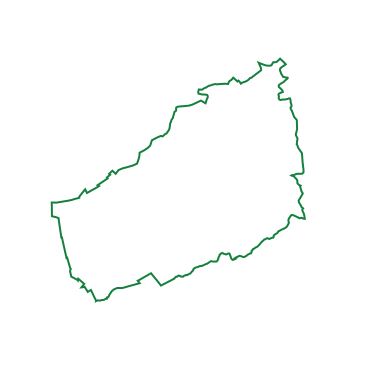 the district of Sanmartin, Harghita, Romania, rotated 328°
{"feature_id": "2599482B50475044485744", "entity_name": "Sanmartin", "entity_type": "district", "adm_level": 2, "iso_a3": "ROU", "parent_name": "Romania", "parent_adm1": "Harghita", "projection": "albers", "projection_center": [25.991, 46.26], "detail": "fine", "context": "isolated", "style": "outline", "palette": "green", "viewbox_px": 384, "rotation_deg": 328, "n_neighbors": 0, "source": "geoboundaries", "source_scale": "gbopen_adm2", "svg_char_len": 6068}
<svg xmlns="http://www.w3.org/2000/svg" viewBox="0 0 384 384"><g transform="rotate(328 192 192)"><path d="M249.4,271.6L251.6,271.9L252.9,271.8L254.0,271.7L255.5,270.9L256.9,270.1L257.8,269.5L258.3,268.1L258.8,267.0L259.8,266.0L261.4,265.3L263.2,264.5L264.1,264.2L265.3,265.0L266.5,266.7L268.0,269.0L269.1,271.0L269.5,271.4L270.6,271.6L271.0,271.7L272.5,273.8L273.4,274.5L274.5,272.1L275.3,270.0L275.5,268.0L275.8,266.0L276.4,265.3L277.6,264.8L276.9,263.0L277.1,261.7L277.2,259.5L277.2,257.3L277.4,256.8L278.0,255.7L280.6,254.4L283.5,252.9L285.2,251.9L285.2,249.5L286.6,244.6L287.5,244.2L286.7,243.1L286.2,241.6L286.1,240.2L286.4,239.7L287.2,238.6L287.5,237.2L287.4,236.3L286.6,232.5L285.1,230.7L285.9,230.7L286.4,231.1L287.4,231.7L290.1,231.9L295.1,234.9L296.9,234.5L298.3,232.3L299.2,230.4L301.7,225.1L305.8,217.4L305.5,210.2L306.0,208.9L306.1,208.0L306.0,207.2L307.3,205.6L308.1,204.5L309.7,202.8L310.0,201.3L310.2,199.0L310.6,198.1L314.3,194.6L319.0,186.6L318.4,182.4L319.8,175.8L319.7,174.1L320.2,172.7L321.8,172.1L322.6,170.7L323.0,168.7L324.4,166.0L324.6,164.4L323.5,163.9L322.1,163.7L320.9,163.2L319.6,162.7L318.4,161.9L317.2,161.3L316.5,161.2L316.2,161.1L315.5,160.5L315.1,159.9L315.1,159.1L315.3,158.4L315.5,157.9L316.4,157.0L316.6,156.0L316.9,155.3L317.4,154.8L317.9,154.7L320.5,154.9L321.9,155.4L322.3,154.6L322.4,153.2L322.0,151.4L321.3,148.9L322.0,147.6L323.3,147.2L324.6,147.2L325.2,147.1L325.8,147.2L327.9,147.3L331.1,146.6L332.2,146.5L333.3,146.3L333.7,146.0L333.7,145.7L333.2,145.4L332.8,145.2L332.2,144.5L331.3,143.6L330.2,142.5L330.3,141.7L330.3,139.9L330.4,138.4L330.7,137.3L330.9,136.1L331.1,135.5L331.8,134.4L332.7,133.8L334.8,133.6L337.3,133.6L339.2,133.4L338.5,129.9L337.3,125.6L334.7,126.2L332.7,126.5L330.9,125.9L329.8,125.0L328.5,125.6L327.1,126.3L326.5,126.7L325.2,126.2L324.0,125.6L322.4,124.4L321.0,123.0L318.4,119.6L317.0,117.7L316.6,120.9L316.1,123.6L315.2,125.3L311.1,125.8L308.9,125.9L305.8,126.3L304.5,126.3L303.4,126.6L302.4,126.4L301.6,126.1L299.7,126.7L298.1,126.8L297.3,126.8L295.4,126.6L294.8,126.5L294.1,126.2L292.7,125.9L290.9,126.1L290.8,123.6L290.5,122.2L289.1,122.4L288.4,119.8L287.6,116.9L287.1,116.9L286.9,117.1L286.4,117.3L286.0,117.5L285.4,117.6L284.8,117.8L283.7,117.8L282.9,117.8L281.9,118.0L279.8,119.5L277.1,117.5L274.8,116.3L273.7,115.6L273.0,115.3L271.8,114.7L271.3,114.5L269.8,113.6L269.2,112.9L268.3,112.6L266.2,111.8L264.0,111.4L263.4,111.3L262.5,110.8L261.8,110.8L261.1,110.8L260.6,110.8L259.6,110.9L259.0,110.8L258.5,110.6L257.7,110.5L257.0,110.5L255.4,110.5L254.6,110.5L252.1,108.7L251.2,109.6L250.5,110.1L250.0,111.0L249.7,112.1L252.1,114.5L253.0,115.2L253.9,115.7L256.2,117.5L256.2,118.9L255.6,120.0L254.5,120.7L253.8,121.1L250.5,123.9L248.0,119.2L238.7,118.1L235.3,117.2L231.0,115.1L228.4,113.7L225.3,112.2L223.6,111.9L222.5,113.1L221.9,114.3L221.3,114.7L219.7,114.7L214.9,119.1L213.0,119.9L211.0,121.6L210.1,122.0L206.5,126.3L204.6,127.5L204.2,127.6L201.4,128.9L200.0,128.6L196.6,129.3L195.2,127.9L191.2,127.3L185.4,126.9L181.1,130.5L177.8,131.2L173.1,131.3L168.4,130.9L166.1,134.0L163.7,136.2L162.6,137.1L160.4,138.8L156.3,138.3L149.8,136.5L146.2,135.3L144.3,134.9L141.3,134.5L136.9,136.1L135.8,131.8L131.3,132.7L131.7,134.0L127.5,134.6L127.6,135.8L115.5,136.2L115.9,137.2L116.2,137.7L115.0,137.7L113.2,137.7L109.6,137.5L102.4,137.2L102.7,134.1L102.8,133.1L97.6,134.9L94.2,136.1L93.7,136.5L93.3,137.2L89.0,135.8L85.8,135.0L83.0,134.0L72.2,129.5L71.8,129.4L67.5,126.6L60.4,138.3L63.2,141.2L64.0,142.1L65.0,143.5L64.7,143.9L57.1,161.3L57.6,161.6L50.6,181.5L51.3,181.6L49.9,186.6L48.3,192.2L48.4,193.0L46.7,194.4L46.2,195.7L44.8,199.8L48.2,205.7L48.3,206.6L49.6,205.3L51.9,212.8L47.7,214.3L49.1,215.0L50.7,215.5L50.7,221.5L54.3,221.5L54.0,225.0L53.5,228.7L53.4,230.0L53.2,232.3L53.2,233.1L52.7,233.7L54.4,233.9L54.8,234.1L55.2,234.3L55.8,234.9L56.5,235.4L57.0,235.5L57.6,235.6L60.2,236.8L61.1,236.8L62.0,236.8L63.5,237.4L63.8,237.1L63.9,236.5L64.4,236.4L65.2,236.7L65.5,236.7L66.2,236.3L66.5,236.1L67.4,235.4L68.3,235.0L71.8,233.5L72.8,233.5L73.5,233.2L74.6,233.3L75.1,233.4L75.5,233.4L77.8,233.8L81.3,236.1L82.3,236.6L83.6,237.0L85.8,237.6L99.3,241.6L99.0,238.5L99.5,238.6L114.2,239.2L114.9,245.0L115.3,247.6L115.8,251.7L116.1,254.9L128.3,255.9L130.5,256.0L131.3,256.1L132.2,255.6L133.0,255.6L133.7,255.4L134.2,255.6L134.8,256.0L135.3,255.9L135.6,255.8L136.5,255.8L136.7,256.1L137.3,256.8L137.5,257.1L138.0,257.7L137.9,258.0L138.2,258.2L138.5,258.4L139.4,259.0L139.9,259.1L140.7,258.8L141.5,258.9L141.9,259.1L142.5,259.2L142.9,259.2L143.0,259.5L143.5,259.8L145.0,260.0L145.7,259.9L146.4,259.9L146.9,260.2L147.9,260.1L149.2,259.6L150.3,259.3L150.8,259.3L151.6,258.8L152.3,258.2L152.8,258.2L153.4,257.9L154.2,257.9L154.7,258.0L155.2,258.1L157.1,258.6L157.9,258.8L158.7,258.8L159.4,259.0L161.1,259.9L165.0,260.4L165.9,260.6L166.9,260.8L167.8,260.8L168.8,260.7L169.5,260.8L170.4,260.7L171.4,260.7L171.8,260.9L172.5,261.7L173.3,262.4L173.8,262.7L176.1,264.0L177.1,263.7L177.9,263.3L178.4,262.9L178.9,262.7L179.1,262.5L179.4,262.0L179.7,261.6L180.8,261.0L181.4,260.7L181.9,260.3L182.2,259.8L183.2,259.7L184.7,259.5L185.4,259.9L185.7,260.2L185.9,260.9L187.3,262.4L187.5,262.8L187.9,263.1L189.1,263.3L190.0,263.3L190.7,263.6L191.1,264.0L191.0,264.4L191.0,265.0L190.8,266.0L190.6,267.2L190.1,268.5L190.2,270.3L190.3,270.7L190.7,271.3L192.8,271.6L192.5,271.3L192.5,271.0L193.6,270.8L196.6,271.0L196.9,271.2L197.5,271.2L198.6,271.4L199.8,272.7L200.4,273.6L200.9,274.1L201.4,274.7L202.7,274.8L203.7,275.0L204.8,274.9L205.7,274.7L208.6,274.9L209.6,275.3L210.8,274.4L211.2,273.6L212.0,273.5L212.7,273.2L213.6,272.7L214.8,273.0L215.9,272.8L216.6,272.8L218.0,273.0L219.0,272.9L221.0,272.4L222.7,271.9L224.7,271.2L226.4,271.0L228.1,270.6L228.7,270.8L229.6,270.9L230.5,270.9L231.6,271.2L232.2,272.2L232.6,272.7L232.9,272.9L233.4,272.9L234.1,273.0L235.1,273.1L235.9,273.3L236.5,273.7L237.0,273.6L237.5,273.3L237.7,272.9L238.3,272.2L239.3,272.1L240.8,271.9L242.4,272.1L242.9,271.9L243.3,271.6L243.8,271.5L244.5,271.1L244.8,271.2L246.5,271.3L248.1,271.4L249.4,271.6Z" fill="none" stroke="#15803d" stroke-width="2"/></g></svg>